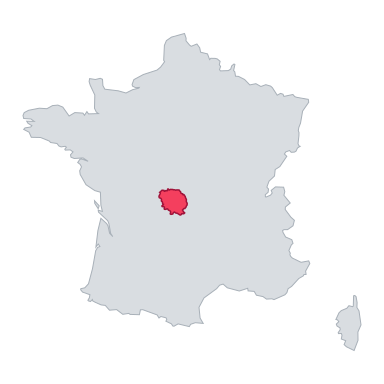 Creuse highlighted on a map of France
{"feature_id": "FRA-5284", "entity_name": "Creuse", "entity_type": "Metropolitan department", "adm_level": 1, "iso_a3": "FRA", "parent_name": "France", "parent_adm1": "", "projection": "albers", "projection_center": [2.052, 46.063], "detail": "fine", "context": "in_parent", "style": "filled", "palette": "rose", "viewbox_px": 384, "rotation_deg": 0, "n_neighbors": 0, "source": "natural_earth", "source_scale": "10m", "svg_char_len": 5730}
<svg xmlns="http://www.w3.org/2000/svg" viewBox="0 0 384 384"><path d="M300.1,146.3L297.5,148.0L296.0,151.2L294.4,152.1L291.2,152.3L289.5,150.5L285.8,151.9L284.4,154.0L286.8,156.3L279.8,166.6L275.2,169.5L274.5,176.0L269.0,181.2L267.1,186.4L267.0,187.4L268.5,189.0L268.1,192.3L265.3,194.7L265.4,196.8L266.2,197.0L270.6,195.1L272.2,193.0L271.2,190.4L275.5,186.9L283.6,187.2L284.8,191.6L283.9,195.3L290.2,203.0L285.4,207.0L285.2,209.5L290.9,217.2L294.4,220.3L293.0,225.8L287.6,229.6L284.1,229.6L282.6,230.5L282.9,232.2L285.6,237.0L291.8,239.7L293.0,243.4L291.4,244.8L288.9,250.5L290.3,253.2L289.9,254.5L290.6,256.3L292.4,258.1L301.1,262.3L308.7,260.9L309.8,263.5L305.6,271.1L306.1,274.4L303.8,274.6L303.4,275.8L298.8,278.5L291.6,286.4L288.1,288.7L286.9,292.6L284.9,294.8L274.0,299.6L271.9,298.8L266.5,299.1L263.0,296.6L256.4,295.2L254.2,291.4L248.1,290.9L247.7,288.3L239.3,291.0L227.3,287.8L223.1,284.1L219.6,285.2L216.6,288.7L204.0,297.9L199.0,307.3L200.1,318.1L203.2,323.4L195.3,322.7L190.6,324.3L189.3,326.6L178.1,323.9L174.0,326.2L172.8,326.0L171.4,323.8L165.9,321.2L166.8,319.4L166.0,317.8L160.9,316.5L159.0,318.0L157.1,314.9L142.8,309.7L140.4,309.8L139.4,314.7L130.1,314.4L128.8,313.4L122.8,314.3L116.6,309.6L109.5,310.2L105.3,305.4L101.1,304.9L95.3,302.3L92.7,300.9L92.4,299.5L90.5,301.5L88.4,300.9L87.9,300.3L89.4,297.7L89.9,294.7L82.6,292.1L80.7,289.8L80.8,288.7L84.8,287.8L88.5,283.8L92.5,268.7L95.7,250.7L97.6,247.4L99.9,246.5L98.2,244.0L95.9,247.1L97.9,230.6L100.9,218.3L106.7,223.6L108.0,225.9L109.6,233.3L112.8,236.6L110.7,233.5L108.9,223.6L107.7,220.7L98.5,212.1L98.2,210.2L102.4,211.4L100.9,205.1L100.4,192.2L94.8,190.6L86.0,184.7L80.2,174.5L79.7,170.8L81.5,166.9L80.2,164.4L77.7,162.5L79.9,159.3L81.7,159.0L88.1,161.3L83.0,157.9L74.3,158.5L71.0,157.2L70.5,154.8L73.0,151.9L70.3,149.9L65.3,150.1L64.8,149.2L66.4,147.2L65.2,146.3L61.1,146.9L58.9,146.0L57.0,143.5L50.6,142.5L49.2,141.0L40.6,137.5L31.3,137.3L29.1,132.2L23.7,129.4L25.0,127.9L30.7,127.0L31.9,125.7L28.0,123.3L26.7,121.2L34.2,121.4L31.0,119.0L23.7,118.5L23.0,115.5L24.2,112.6L28.6,110.3L39.3,108.2L46.9,108.7L52.5,105.6L57.9,105.1L62.8,107.1L69.1,116.0L74.8,112.6L82.9,113.1L84.5,115.3L86.9,111.6L88.5,113.9L98.5,113.6L96.3,112.0L94.5,108.3L94.8,95.0L90.2,85.2L89.1,81.6L89.6,78.6L95.4,79.5L100.3,78.3L102.5,79.3L102.9,85.6L104.8,89.2L118.2,90.8L126.0,93.0L132.6,89.7L138.8,88.2L139.3,87.4L135.7,87.7L132.5,86.1L132.1,84.4L133.9,79.6L143.4,74.5L157.0,70.1L160.6,67.1L164.6,61.7L163.7,60.3L164.4,45.4L166.4,40.6L171.5,37.1L184.5,33.5L186.1,38.2L186.0,40.8L189.5,45.0L191.2,46.3L196.9,44.0L199.7,47.8L200.6,52.2L207.5,53.9L209.6,59.6L210.8,58.3L215.2,58.4L217.2,58.9L220.1,61.3L219.3,64.8L220.6,66.4L219.5,69.6L220.4,70.9L228.3,70.6L230.7,69.1L231.7,65.9L234.0,64.0L234.9,64.5L233.6,70.5L234.8,71.9L235.5,76.2L238.5,76.4L244.6,79.5L249.8,84.9L255.9,83.7L260.9,86.5L265.8,84.7L270.6,86.1L272.3,87.6L277.2,95.2L280.5,93.4L283.0,94.2L283.9,96.4L292.9,94.5L294.7,96.6L296.6,97.3L308.3,99.4L308.7,102.3L302.6,111.1L300.5,123.2L298.8,127.5L298.3,130.6L299.0,132.6L298.9,135.9L298.0,143.7L299.0,145.9L300.1,146.3ZM357.1,302.6L356.9,307.5L359.0,310.9L361.0,324.9L357.9,332.0L358.0,340.3L354.1,350.5L346.5,346.8L344.1,344.6L345.7,340.7L341.3,339.0L342.0,335.3L341.4,333.5L338.5,333.6L338.2,332.6L340.2,329.7L340.0,327.9L337.0,326.0L336.3,324.1L338.8,321.7L337.4,319.8L335.9,319.5L339.0,312.8L341.3,310.6L346.8,308.3L348.9,305.7L352.7,306.7L353.3,306.0L353.6,295.8L354.8,295.5L356.1,296.7L357.1,302.6ZM99.2,205.8L98.2,208.7L94.8,203.5L94.5,200.7L99.2,205.8Z" fill="#d9dde1" stroke="#a8b0b8" stroke-width="1"/><path d="M171.4,214.3L170.8,214.3L170.2,213.8L170.5,212.9L170.6,211.7L170.2,211.0L168.6,210.2L168.3,209.9L168.1,209.7L167.9,209.2L167.5,208.9L167.0,208.9L165.3,209.4L164.8,209.3L164.5,209.3L164.3,209.1L164.2,208.6L164.4,207.7L164.4,207.2L164.1,206.9L163.8,206.7L162.2,206.6L162.0,206.4L162.0,205.7L162.6,205.4L163.0,205.0L163.4,204.3L162.8,204.1L162.6,203.4L162.5,202.4L162.2,201.7L161.5,201.2L161.3,200.9L161.4,200.4L161.5,200.0L161.5,199.6L161.4,199.1L160.8,198.4L160.5,198.2L159.4,197.8L159.0,197.0L159.0,196.1L160.3,193.5L160.3,192.8L159.7,192.3L160.4,191.8L162.0,190.2L162.3,190.2L162.5,190.2L162.8,190.4L163.1,190.4L163.7,190.3L164.0,190.4L164.1,190.6L164.0,190.8L164.1,191.0L164.3,191.2L164.7,191.3L165.0,191.2L165.4,190.8L165.7,190.6L165.9,190.6L166.9,190.8L167.2,190.7L167.4,190.6L167.5,190.4L167.5,190.2L167.5,189.7L167.6,189.3L167.8,189.0L168.0,188.9L168.2,189.0L168.4,189.1L168.9,189.8L169.1,189.9L169.4,190.0L169.6,189.9L170.1,189.5L170.3,189.4L170.5,189.4L172.6,189.5L172.9,189.5L173.3,189.8L173.5,189.8L174.8,189.8L175.6,190.2L176.5,190.0L176.8,189.9L179.1,190.0L179.9,191.2L180.6,191.8L180.7,192.1L180.7,192.5L180.9,193.0L181.1,193.3L181.3,193.4L181.8,193.6L182.4,193.7L182.7,193.8L182.8,194.0L182.9,194.4L182.9,194.6L183.1,194.8L183.5,194.7L184.0,194.7L184.2,195.0L185.2,196.5L185.3,196.8L185.5,197.5L185.6,197.8L185.7,198.2L186.2,199.0L186.4,199.5L186.3,201.0L186.3,201.3L186.4,201.7L186.5,202.0L186.9,202.7L187.1,203.1L187.2,203.5L187.1,204.1L187.1,204.5L187.1,205.0L186.6,205.6L186.5,205.8L186.3,206.1L186.2,206.5L186.0,207.0L185.9,207.3L185.7,207.5L185.4,207.8L185.0,208.3L184.9,208.5L184.7,208.5L184.3,208.4L184.1,208.5L183.8,208.6L183.6,209.0L183.3,209.2L182.9,209.5L182.6,209.8L182.5,210.0L182.6,210.3L183.1,211.0L183.3,211.4L183.4,211.9L183.5,212.1L183.8,212.3L184.0,212.3L184.3,212.4L184.4,212.6L184.6,212.7L184.7,212.9L184.0,213.6L183.4,213.8L181.8,213.7L181.6,213.8L181.2,214.6L180.9,214.8L180.6,215.0L180.3,215.0L180.0,215.0L177.3,213.3L175.7,213.0L175.4,212.8L174.9,212.3L174.8,212.2L174.6,212.1L174.2,212.1L173.8,212.4L173.4,212.8L173.0,213.4L172.8,214.0L171.4,214.3Z" fill="#f43f5e" stroke="#9f1239" stroke-width="1.5"/></svg>